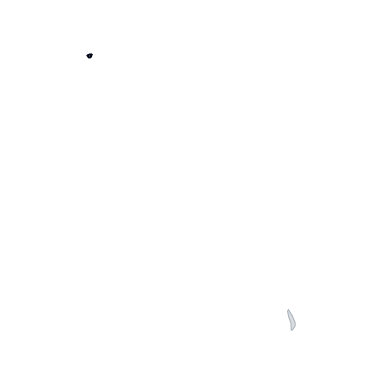 Saniuta, Tuvalu (highlighted), rotated 347°
{"feature_id": "33948139B55314492398689", "entity_name": "Saniuta", "entity_type": "district", "adm_level": 2, "iso_a3": "TUV", "parent_name": "Tuvalu", "parent_adm1": "", "projection": "robinson", "projection_center": [178.686, -7.494], "detail": "fine", "context": "in_parent", "style": "outline", "palette": "ink", "viewbox_px": 384, "rotation_deg": 347, "n_neighbors": 0, "source": "geoboundaries", "source_scale": "gbopen_adm2", "svg_char_len": 898}
<svg xmlns="http://www.w3.org/2000/svg" viewBox="0 0 384 384"><g transform="rotate(347 192 192)"><path d="M262.3,345.8L258.8,349.0L257.6,348.9L258.9,342.1L258.1,335.1L258.3,329.5L259.5,328.4L261.8,334.9L263.1,343.0L262.3,345.8Z" fill="#d9dde1" stroke="#a8b0b8" stroke-width="1"/><path d="M120.9,35.5L121.0,35.8L121.0,36.0L121.1,36.3L121.3,36.6L121.4,36.8L121.5,36.9L121.6,37.0L121.6,37.3L121.6,37.5L121.8,37.7L122.0,37.7L122.2,37.8L122.4,37.8L122.5,37.8L122.8,37.8L123.0,37.9L123.3,37.8L123.5,37.7L123.8,37.4L124.0,37.3L124.0,37.2L124.3,36.9L124.4,36.7L124.5,36.6L124.6,36.4L124.8,36.1L124.7,36.1L124.6,35.9L124.4,35.9L124.4,35.7L124.5,35.5L124.5,35.3L124.5,35.2L124.3,35.2L124.2,35.2L123.9,35.2L123.7,35.1L123.4,35.0L123.2,35.0L122.9,35.1L122.7,35.2L122.5,35.3L122.4,35.3L122.2,35.4L121.9,35.3L121.7,35.2L121.3,35.3L121.1,35.4L120.9,35.5Z" fill="none" stroke="#020617" stroke-width="2"/></g></svg>